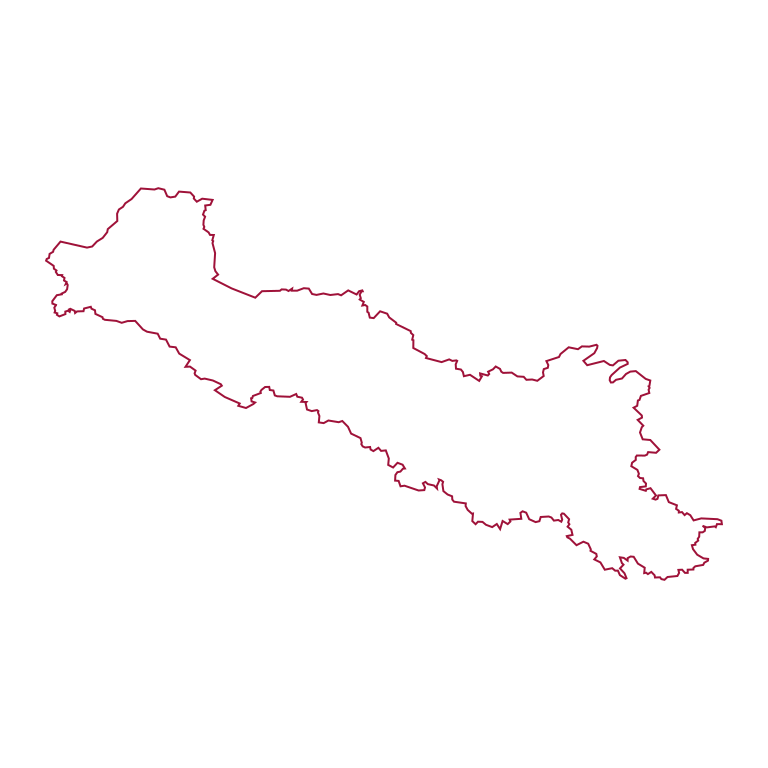 outline of Cavan - Belturbet Lea-6, Cavan, Ireland
{"feature_id": "5873133B49845781008100", "entity_name": "Cavan - Belturbet Lea-6", "entity_type": "district", "adm_level": 2, "iso_a3": "IRL", "parent_name": "Ireland", "parent_adm1": "Cavan", "projection": "equal_earth", "projection_center": [-7.632, 54.119], "detail": "fine", "context": "isolated", "style": "outline", "palette": "rose", "viewbox_px": 768, "rotation_deg": 0, "n_neighbors": 0, "source": "geoboundaries", "source_scale": "gbopen_adm2", "svg_char_len": 6073}
<svg xmlns="http://www.w3.org/2000/svg" viewBox="0 0 768 768"><path d="M649.4,385.9L650.3,380.5L645.7,378.9L635.8,371.1L630.3,371.6L626.0,374.0L622.0,378.5L616.0,379.8L613.0,382.4L610.9,382.5L609.7,380.2L610.0,377.4L611.6,375.1L619.9,367.6L627.7,363.9L627.7,362.3L625.5,360.0L618.4,360.7L612.9,365.4L609.8,364.9L603.9,361.0L587.2,365.2L583.4,360.8L594.3,353.2L597.1,348.1L597.5,345.8L596.5,344.8L589.3,346.6L581.9,346.4L578.0,349.2L568.7,347.3L560.5,354.0L559.0,357.0L546.4,361.1L548.3,365.1L547.8,367.8L543.8,369.1L543.0,372.4L543.7,376.0L537.3,380.8L532.2,379.5L526.4,379.8L523.7,376.8L517.4,376.4L511.7,372.6L503.1,372.9L501.3,371.7L500.0,368.9L495.7,366.5L493.0,369.3L488.1,371.7L489.2,374.0L487.8,375.5L480.1,373.4L480.3,375.7L481.9,376.3L479.2,380.9L470.0,374.8L463.9,376.2L462.9,372.0L460.9,369.5L456.0,368.7L455.7,364.3L457.2,360.9L456.4,360.4L452.3,360.9L449.2,359.4L441.6,362.1L426.0,358.0L426.8,356.1L424.6,354.0L413.3,348.0L413.4,340.2L412.2,339.7L413.3,335.1L410.9,332.9L410.7,331.1L396.1,324.0L396.2,322.7L389.2,317.4L387.2,313.7L380.1,311.3L373.7,318.1L369.8,317.6L368.6,312.7L367.3,311.8L367.3,306.5L365.2,305.0L362.4,305.5L363.8,301.9L359.7,299.5L360.8,298.2L359.7,294.7L361.5,291.4L362.7,291.3L362.3,290.4L359.1,291.2L356.6,294.5L348.2,290.4L341.1,295.3L338.0,294.1L330.3,295.0L323.4,293.5L316.5,294.9L312.1,294.0L308.8,288.6L303.8,288.2L297.1,290.7L291.7,290.7L292.1,288.6L288.5,291.0L286.0,289.6L281.6,289.4L279.9,290.8L262.0,291.2L255.3,297.7L231.6,288.4L212.7,278.8L218.1,274.6L215.4,271.2L214.2,267.3L215.1,253.1L212.5,243.1L213.2,241.1L212.3,240.3L213.8,235.0L210.0,234.9L208.6,232.4L203.5,228.8L204.3,226.9L203.4,224.8L203.7,220.4L205.1,216.7L203.0,214.6L204.4,210.7L205.7,210.2L205.2,205.5L210.4,204.8L212.6,199.9L202.2,198.7L196.8,201.7L193.8,198.5L194.1,196.6L190.3,192.5L179.0,191.6L175.3,196.6L170.4,197.4L167.2,196.2L164.4,189.7L158.3,188.2L154.5,189.5L140.9,188.5L131.6,199.0L125.3,203.3L123.0,206.8L118.9,209.5L117.1,213.7L117.3,221.0L107.8,229.1L107.2,232.2L102.7,237.9L96.9,241.5L92.2,246.5L87.0,247.6L60.5,241.6L53.6,249.8L53.1,251.8L49.6,253.9L49.0,257.9L46.7,259.0L46.1,260.7L53.7,265.9L53.9,268.7L56.5,270.5L55.8,271.9L57.8,275.0L62.2,275.1L61.9,276.2L64.5,277.9L64.0,280.5L66.6,282.0L65.7,284.1L66.9,283.4L67.7,285.0L67.1,289.2L65.2,291.9L61.6,293.6L61.8,294.3L56.8,295.2L52.3,301.2L52.4,303.6L56.9,305.3L55.9,305.1L54.3,307.7L55.2,310.9L54.6,312.5L57.3,313.3L56.9,314.8L59.4,316.4L65.4,314.1L65.3,311.6L68.1,310.7L69.7,311.9L70.3,310.2L69.3,309.3L70.3,308.8L74.7,310.9L75.1,313.0L77.1,311.4L83.5,311.2L84.1,308.5L90.8,306.8L91.5,308.7L95.0,310.3L95.4,313.9L102.5,317.2L102.9,318.8L104.9,319.8L116.4,320.9L121.7,322.8L127.5,321.1L135.2,320.9L142.9,329.4L147.0,331.7L157.7,333.7L160.2,338.7L166.0,339.6L169.6,346.6L175.7,347.3L179.2,353.6L189.9,360.1L185.5,366.8L190.0,366.6L195.6,370.6L194.6,373.3L195.2,374.9L201.0,379.2L204.7,378.6L212.9,380.5L220.8,384.2L221.8,385.7L214.9,390.2L224.8,397.0L239.7,403.5L238.3,405.8L246.0,408.0L253.4,404.0L255.1,402.5L251.6,401.4L251.1,398.3L252.3,398.0L252.9,396.0L260.8,393.0L260.4,391.6L261.5,389.9L265.1,387.0L269.2,386.9L269.8,390.0L273.4,390.5L274.8,395.4L277.3,396.3L290.0,396.8L296.2,394.0L297.3,396.7L302.0,397.7L303.0,399.5L301.3,401.8L306.5,402.0L305.6,403.1L307.0,409.5L311.7,411.1L317.0,410.1L318.4,411.1L318.0,412.6L319.4,416.0L318.8,422.4L323.7,423.1L328.4,420.5L338.7,422.2L342.3,421.0L348.0,426.8L351.1,433.6L360.5,438.1L361.8,442.7L361.3,444.1L362.7,446.4L365.1,447.5L370.1,447.0L370.6,449.5L373.4,451.1L378.4,447.8L381.1,450.9L385.8,450.4L388.8,458.5L388.2,464.9L393.1,467.5L397.5,462.8L402.6,464.7L404.9,468.5L402.9,468.7L400.4,471.6L397.4,472.2L395.4,475.0L395.1,480.6L398.6,480.9L400.5,486.3L404.5,485.7L418.6,490.5L424.3,490.1L425.0,487.4L422.9,483.3L425.4,481.9L427.8,484.1L434.0,485.5L437.0,488.5L436.7,486.3L439.4,480.4L439.0,479.5L441.2,480.3L443.1,481.8L442.4,484.2L443.4,491.1L447.6,494.5L452.1,496.3L452.3,499.6L454.0,501.7L465.8,503.4L465.6,506.1L467.7,509.9L471.9,513.7L473.0,513.5L472.3,521.1L475.6,524.2L478.0,521.7L482.5,521.9L486.0,524.8L492.2,527.1L496.8,524.0L500.1,529.1L502.6,521.0L507.7,524.1L510.4,521.5L509.6,519.6L521.3,518.8L520.4,512.9L522.6,511.3L526.2,512.7L529.2,519.2L535.6,522.1L539.4,521.2L540.7,517.0L548.7,516.5L551.4,517.5L553.9,520.6L558.3,520.0L561.3,521.7L562.2,519.7L561.0,514.8L562.2,513.4L563.9,513.7L569.1,519.2L568.2,522.5L569.4,524.2L567.6,526.7L571.3,529.7L572.5,534.9L566.8,536.1L567.3,537.3L570.0,538.7L576.5,545.2L583.4,541.7L588.2,543.7L590.8,549.3L590.5,550.8L596.3,553.9L596.8,556.4L594.3,559.4L600.4,562.4L604.8,569.7L612.2,568.2L615.2,570.7L617.9,570.6L619.9,575.1L625.4,578.7L626.5,578.2L624.5,573.3L620.0,568.4L623.5,564.7L621.9,563.1L619.9,557.3L623.8,557.9L627.6,560.6L627.7,558.1L630.6,556.5L633.7,556.8L637.9,563.6L644.7,567.7L644.2,573.1L646.1,572.7L647.9,574.1L651.3,571.9L654.6,575.3L655.0,577.5L660.0,577.3L661.4,579.1L664.5,579.8L667.5,577.0L677.4,576.0L679.1,572.9L678.4,569.9L682.1,569.7L685.0,572.9L687.7,572.9L687.7,569.7L693.4,569.5L693.5,567.9L695.3,566.3L703.2,564.9L704.3,562.7L708.0,560.6L708.1,558.9L703.5,558.4L697.2,554.7L693.0,549.1L691.9,545.2L695.4,544.7L695.2,542.9L698.2,540.6L697.7,538.9L699.2,536.7L699.4,532.3L702.7,532.3L704.8,530.9L705.2,527.9L702.6,525.8L706.8,527.4L714.7,526.4L715.8,527.2L717.0,524.1L721.9,524.2L721.4,520.7L717.5,519.2L701.3,518.4L693.6,520.4L690.3,515.2L686.9,513.2L684.6,515.1L682.0,512.1L678.8,512.5L678.8,510.7L676.1,508.9L676.9,505.3L668.8,502.1L665.9,495.1L658.4,495.4L657.5,498.8L655.6,499.6L652.8,498.7L656.0,495.5L650.5,488.2L646.3,489.4L645.8,490.8L639.6,488.9L640.0,487.1L645.8,486.4L646.0,483.5L643.5,481.0L643.1,478.3L640.0,478.0L638.0,476.1L638.9,473.8L637.4,469.9L631.3,466.2L632.1,462.7L635.8,459.9L635.7,457.1L636.9,455.5L644.8,455.6L647.1,454.6L648.1,452.1L656.1,452.8L659.4,449.7L650.3,440.0L642.7,439.3L640.0,432.5L641.8,427.2L643.3,425.7L637.7,419.9L642.0,417.6L641.8,415.5L633.6,407.7L637.2,405.8L637.9,400.5L639.5,399.9L640.9,395.9L649.3,393.0L648.6,389.7L649.6,387.9L648.6,386.3L649.4,385.9Z" fill="none" stroke="#9f1239" stroke-width="2"/></svg>